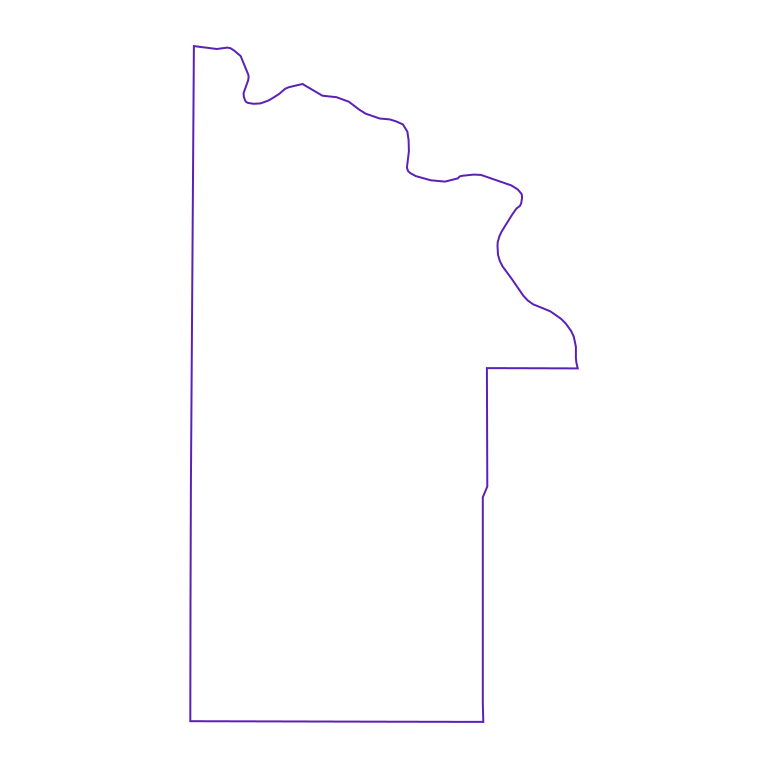 Dixon, Nebraska, United States of America (orthographic projection)
{"feature_id": "52423323B39829047876062", "entity_name": "Dixon", "entity_type": "district", "adm_level": 2, "iso_a3": "USA", "parent_name": "United States of America", "parent_adm1": "Nebraska", "projection": "orthographic", "projection_center": [-96.803, 42.513], "detail": "fine", "context": "isolated", "style": "outline", "palette": "violet", "viewbox_px": 768, "rotation_deg": 0, "n_neighbors": 0, "source": "geoboundaries", "source_scale": "gbopen_adm2", "svg_char_len": 1140}
<svg xmlns="http://www.w3.org/2000/svg" viewBox="0 0 768 768"><path d="M386.5,721.7L483.3,721.9L482.8,703.0L482.8,699.8L482.8,497.2L487.3,486.5L486.9,368.1L577.7,368.4L576.3,362.1L575.9,358.0L575.9,346.8L573.8,336.7L571.1,330.9L565.5,323.2L561.0,318.8L550.3,311.3L533.1,304.3L527.7,300.4L523.3,295.7L511.7,278.8L502.6,266.5L499.7,260.7L498.0,254.7L497.5,245.7L497.7,242.2L499.5,236.0L501.7,231.4L512.1,214.7L516.4,208.6L519.9,205.9L521.2,203.3L522.0,198.1L521.9,195.0L521.3,193.6L517.7,189.4L511.3,185.4L480.9,174.9L473.5,174.6L462.0,175.8L459.6,176.5L457.8,178.4L445.0,181.6L430.9,180.3L415.8,176.1L410.3,173.1L408.1,171.1L406.9,167.7L408.9,151.3L408.6,140.2L407.4,131.7L402.9,124.4L395.9,121.3L389.7,119.4L379.6,118.5L365.7,113.7L359.2,109.6L348.8,101.7L336.5,97.2L322.4,95.7L302.5,84.0L288.9,87.2L285.2,88.7L279.1,94.0L272.6,98.1L268.3,100.6L260.5,103.4L253.6,103.8L247.9,102.9L245.9,101.8L244.7,99.4L243.8,96.5L243.6,93.0L248.2,80.2L248.6,76.8L248.3,74.7L240.7,56.1L234.2,50.6L230.5,48.2L227.4,47.6L216.8,49.0L193.9,46.1L190.9,485.6L190.5,603.2L190.3,721.2L385.9,721.7L386.5,721.7Z" fill="none" stroke="#5b21b6" stroke-width="2"/></svg>